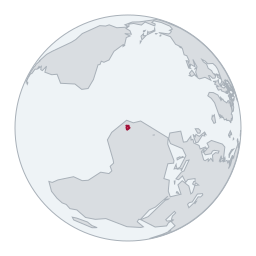 Matam highlighted on a globe, orthographic projection, rotated 87°
{"feature_id": "SEN-767", "entity_name": "Matam", "entity_type": "Region", "adm_level": 1, "iso_a3": "SEN", "parent_name": "Senegal", "parent_adm1": "", "projection": "orthographic", "projection_center": [-13.497, 15.275], "detail": "fine", "context": "on_globe", "style": "filled", "palette": "rose", "viewbox_px": 256, "rotation_deg": 87, "n_neighbors": 0, "source": "natural_earth", "source_scale": "10m", "svg_char_len": 9041}
<svg xmlns="http://www.w3.org/2000/svg" viewBox="0 0 256 256"><g transform="rotate(87 128 128)"><circle cx="128" cy="128" r="113" fill="#eef3f6" stroke="#a8b0b8"/><path d="M27.9,76.3L25.0,82.4L25.6,81.0L27.9,76.3ZM106.5,17.4L106.4,17.5L94.0,20.8L93.8,21.4L84.9,26.6L87.1,25.9L85.2,27.9L87.1,27.9L84.9,29.2L88.3,28.2L89.9,27.1L92.0,26.3L93.2,26.3L90.7,27.9L89.7,28.1L89.6,28.6L87.7,29.4L89.3,29.0L86.1,31.0L91.1,29.1L90.1,30.9L87.4,32.2L85.3,31.9L73.9,35.4L70.6,37.3L68.0,39.9L68.0,45.0L65.3,47.4L63.3,50.7L65.9,49.3L68.3,46.2L72.6,44.8L75.1,41.5L77.2,40.6L80.7,37.7L82.7,38.5L82.8,40.9L80.0,43.5L79.9,44.8L84.6,42.8L81.4,48.5L82.7,54.0L81.6,55.7L75.7,57.5L70.5,55.9L62.9,59.6L70.4,57.8L67.5,62.4L68.1,63.6L69.7,63.8L71.8,62.3L71.3,64.2L63.8,66.4L64.1,64.7L66.5,63.9L64.0,63.4L58.9,65.5L57.8,68.1L51.2,69.6L50.4,71.6L48.5,73.2L50.3,69.9L46.9,76.1L39.0,80.9L34.3,92.3L36.2,82.5L35.1,80.5L33.5,79.6L32.6,81.4L31.6,78.5L28.5,80.8L24.4,89.2L22.3,96.6L23.8,98.7L25.6,95.4L27.5,95.9L23.1,105.4L25.9,109.2L23.9,116.9L24.3,121.7L26.5,121.7L28.5,124.8L30.9,121.0L34.5,119.8L33.5,126.3L36.2,121.1L37.6,125.0L45.3,127.2L44.4,128.4L50.7,138.0L59.1,143.4L61.1,148.6L59.9,151.2L63.2,152.7L63.3,154.6L77.8,160.0L86.5,165.8L87.0,172.2L81.3,178.7L79.8,193.0L70.6,196.0L70.8,201.4L67.9,208.1L62.0,206.1L66.2,210.5L65.1,212.1L61.9,211.3L63.6,213.9L61.4,213.3L64.5,215.6L64.4,217.8L68.4,221.0L69.1,222.7L71.9,224.5L70.9,224.1L70.8,224.3L71.9,225.1L67.4,222.6L62.3,218.8L61.0,217.3L59.6,216.5L56.5,212.5L56.3,213.0L50.2,205.4L47.4,199.6L39.4,180.1L36.9,175.5L31.3,168.7L24.3,150.8L25.0,145.0L24.0,141.4L27.3,133.9L27.2,124.8L26.3,123.0L24.8,125.7L22.4,118.2L22.6,111.0L21.1,93.9L22.2,90.0L24.2,84.7L31.2,70.4L35.5,63.8L40.2,57.4L45.4,51.5L50.9,45.8L56.9,40.6L63.2,35.9L69.8,31.6L76.7,27.7L83.9,24.4L91.2,21.5L98.8,19.2L106.5,17.4ZM32.5,96.0L35.9,104.0L32.6,103.2L33.5,102.5L32.9,99.6L31.4,96.3L28.9,96.2L32.5,96.0ZM37.2,90.9L36.5,90.0L37.4,90.4L37.2,90.9ZM79.4,37.5L80.0,37.6L79.0,38.1L79.4,37.5ZM80.3,36.2L78.7,36.8L78.9,36.2L79.9,35.9L80.3,36.2ZM82.2,35.8L79.4,35.3L79.8,34.4L83.9,32.6L82.2,35.8ZM89.9,26.7L88.2,27.9L88.5,27.0L89.9,26.7ZM89.6,26.3L87.4,25.0L90.5,23.5L90.6,24.1L93.7,22.3L96.3,22.2L95.2,23.1L92.7,24.1L95.6,23.4L89.6,26.3ZM92.8,26.0L92.1,25.7L94.8,24.3L96.7,24.6L95.2,24.9L92.8,26.0ZM93.3,22.1L95.6,21.2L98.3,20.8L99.6,20.5L96.7,22.1L93.3,22.1ZM95.2,25.3L97.6,24.7L97.5,25.5L93.7,26.1L95.2,25.3ZM94.6,23.9L96.0,23.3L95.9,23.7L94.6,23.9ZM98.4,28.2L97.5,27.7L98.8,26.9L98.4,28.2ZM98.5,24.5L98.5,24.3L98.9,24.0L100.4,23.8L98.5,24.5ZM98.8,21.8L99.5,21.9L100.1,21.1L102.2,20.9L99.9,22.1L101.8,21.5L102.4,21.5L99.8,22.5L98.8,21.8ZM103.1,22.8L100.9,24.6L102.3,25.5L101.2,26.2L99.1,24.6L103.1,22.8ZM101.4,22.5L102.2,22.8L100.4,23.4L98.7,23.6L101.4,22.5ZM104.5,20.5L101.9,20.4L102.5,20.2L104.5,20.5ZM103.9,22.9L104.4,22.5L104.2,22.9L103.9,22.9ZM104.7,21.0L103.7,21.0L104.4,20.7L104.7,21.0ZM106.3,21.9L105.6,22.4L104.4,22.4L106.3,21.9ZM105.9,21.4L107.1,21.0L104.5,22.2L105.3,21.4L105.9,21.4ZM105.6,20.8L105.6,20.6L105.9,20.9L105.6,20.8ZM111.2,21.5L108.1,22.9L105.6,23.0L108.9,21.5L111.2,21.5ZM76.1,227.4L68.4,223.2L72.2,225.3L71.9,224.7L77.0,227.3L76.1,227.4ZM76.5,225.8L77.9,225.7L79.1,226.3L78.4,226.5L76.5,225.8ZM148.0,17.1L147.8,17.1L147.5,17.1L148.0,17.1ZM235.5,94.5L236.1,96.3L237.6,102.1L238.9,108.4L239.5,112.4L236.1,99.5L232.7,90.3L232.7,92.2L228.1,86.1L223.9,89.6L222.2,87.5L221.6,89.4L218.3,88.3L215.3,84.8L213.7,86.0L221.5,95.1L223.0,94.0L222.7,88.8L224.7,92.5L227.8,94.6L228.3,106.1L220.2,120.0L217.6,112.5L202.0,94.4L201.5,91.9L201.3,91.6L201.0,91.2L201.5,95.4L198.2,91.8L208.4,104.8L210.9,111.0L220.1,120.5L219.7,122.1L222.1,123.7L227.5,117.8L228.0,120.5L226.5,134.2L217.3,154.8L217.5,165.4L215.1,175.1L207.1,183.4L205.5,190.2L201.1,193.7L199.3,197.7L194.4,202.6L187.2,207.7L177.2,209.8L178.4,206.5L176.2,200.7L173.8,184.9L178.2,176.5L178.1,170.4L170.7,157.6L172.5,149.4L170.0,146.4L165.3,147.8L162.3,144.2L159.2,144.5L138.8,149.2L131.5,144.5L120.2,129.0L123.1,122.4L121.7,115.0L140.0,88.4L146.1,89.2L163.0,83.8L165.5,84.3L165.8,90.1L180.4,94.8L182.3,89.5L193.2,91.1L198.9,89.4L196.9,78.5L187.4,81.1L183.5,76.6L189.2,70.3L197.1,68.7L195.8,66.9L188.9,64.2L188.7,60.4L186.3,63.1L188.7,64.5L187.3,66.4L184.9,65.2L185.0,63.8L182.0,63.7L182.6,70.9L185.2,73.2L178.7,76.1L182.3,80.2L181.3,82.8L174.7,76.8L173.8,74.3L163.2,68.7L163.6,71.5L173.6,77.1L171.3,77.0L171.8,81.5L169.7,78.0L158.7,71.6L151.5,74.6L145.8,86.4L140.9,88.0L135.2,86.5L133.9,75.5L145.0,73.4L144.7,70.0L139.5,65.7L143.3,65.6L142.6,63.8L146.5,63.0L149.1,58.0L152.7,57.0L151.0,51.7L152.5,50.6L153.1,53.9L155.4,56.0L163.8,54.1L164.7,52.7L162.9,49.5L165.4,49.6L162.6,46.8L166.1,44.8L159.5,45.1L157.2,42.0L157.8,39.2L155.8,38.3L154.8,43.0L155.5,44.9L158.0,46.3L158.8,52.2L156.5,53.7L151.1,48.2L147.3,49.9L144.8,45.3L149.0,34.6L152.1,32.3L163.2,34.2L164.0,36.2L160.5,36.3L166.3,38.8L164.6,37.3L166.7,37.6L165.1,35.1L166.5,35.2L162.5,32.8L164.1,32.6L166.6,34.1L165.5,30.8L168.0,30.2L167.0,29.4L165.3,28.8L169.6,28.7L168.7,28.2L167.0,28.0L164.1,26.9L160.6,25.1L162.3,25.1L163.8,25.8L169.4,27.5L173.1,29.6L173.4,29.5L170.6,27.7L163.8,25.5L161.2,24.5L164.4,25.2L163.0,24.8L162.3,24.3L163.1,24.0L159.6,23.2L149.2,18.9L149.8,18.2L153.8,19.1L148.3,17.3L149.2,17.4L157.1,19.2L164.8,21.5L172.4,24.5L179.7,27.9L186.8,31.9L193.5,36.4L200.0,41.3L206.0,46.7L211.7,52.6L216.9,58.8L221.6,65.4L225.9,72.2L229.6,79.4L232.9,86.9L235.5,94.5ZM136.3,101.5L136.4,103.7L136.4,103.8L136.3,101.5ZM207.3,72.5L210.8,71.4L206.1,65.9L207.0,65.1L205.0,63.6L205.7,65.5L200.4,61.5L200.7,59.1L198.7,56.8L197.4,57.1L197.6,62.2L205.2,67.7L205.7,70.6L207.3,72.5ZM45.5,127.2L46.3,128.7L45.0,128.3L45.5,127.2ZM31.4,105.6L32.4,106.3L32.7,107.6L31.8,107.5L31.4,105.6ZM42.0,110.2L43.6,111.3L41.7,111.2L42.0,110.2ZM36.6,105.1L40.7,109.5L37.0,110.2L34.5,107.5L36.7,107.8L36.6,105.1ZM35.2,94.3L35.7,95.0L35.1,96.1L35.2,94.3ZM37.9,91.2L37.5,91.2L37.6,90.1L37.9,91.2ZM67.9,62.3L68.5,62.2L69.9,62.8L68.6,63.3L67.9,62.3ZM79.8,61.6L78.7,64.7L78.6,62.7L76.6,63.8L73.7,61.2L80.9,56.4L78.2,58.9L79.8,61.6ZM71.9,56.9L72.9,58.8L71.6,56.9L71.9,56.9ZM134.6,55.7L136.9,56.5L136.8,58.7L132.3,60.9L132.4,57.7L134.6,55.7ZM140.1,57.3L136.0,51.7L138.7,50.4L137.9,52.0L140.0,51.7L139.4,54.3L145.9,58.9L146.2,61.1L137.7,63.4L140.3,61.3L137.9,60.5L140.1,57.3ZM121.0,42.7L119.3,41.1L127.2,40.2L127.9,41.9L123.5,43.9L120.0,43.2L121.0,42.7ZM90.0,33.0L88.8,33.1L89.5,32.6L91.1,32.1L90.0,33.0ZM97.9,28.0L95.8,32.7L94.4,32.9L94.9,35.8L91.3,37.5L91.1,35.5L88.7,39.2L87.0,38.0L85.9,40.6L85.7,35.9L84.1,35.2L87.3,35.2L90.7,33.6L91.6,32.8L93.2,30.0L91.5,28.2L94.6,26.6L97.2,26.0L98.1,26.2L95.8,27.1L98.6,26.7L96.0,28.2L97.9,28.0ZM126.2,23.9L123.2,24.2L128.4,25.1L125.8,26.0L126.6,26.0L125.6,27.2L125.8,28.8L124.3,29.1L125.0,29.6L124.4,30.5L124.9,31.4L122.3,32.3L122.7,33.5L121.3,33.3L122.6,35.2L120.5,34.2L119.5,35.5L122.1,35.8L107.3,40.2L102.7,43.3L100.0,46.6L96.7,45.0L97.1,41.0L99.7,36.6L104.5,34.0L102.2,33.9L103.8,32.7L105.0,33.3L104.1,31.8L105.8,31.0L108.1,28.0L105.8,26.6L106.5,25.7L108.3,25.8L107.8,24.8L111.6,24.5L112.3,23.9L116.6,23.2L119.6,24.2L120.1,23.4L123.4,23.1L126.2,23.9ZM112.5,21.3L116.6,21.9L117.2,22.8L109.3,23.7L108.2,24.3L103.2,25.2L102.4,24.0L103.9,23.8L105.2,23.4L105.0,23.9L106.1,23.2L108.2,22.9L109.7,22.3L110.7,22.7L112.5,21.3ZM166.9,81.9L168.6,81.8L170.9,81.1L171.3,84.1L166.9,81.9ZM159.4,77.6L160.7,77.0L162.4,80.5L160.6,80.7L159.4,77.6ZM160.0,73.9L160.7,76.7L159.3,75.3L160.0,73.9ZM154.2,53.3L155.4,52.7L156.1,53.4L156.0,54.6L154.2,53.3ZM141.1,28.0L139.3,27.7L139.3,27.4L136.2,26.0L137.9,25.4L140.4,26.0L141.1,28.0ZM196.1,80.7L195.3,83.2L194.0,82.5L194.5,81.7L196.1,80.7ZM183.3,83.8L186.9,84.4L183.4,84.6L183.3,83.8ZM142.4,27.2L140.9,26.6L142.7,26.7L142.4,27.2ZM138.9,24.9L140.7,24.8L137.7,25.2L138.9,24.9ZM225.7,169.1L217.0,187.0L214.1,188.3L215.3,183.9L219.7,173.5L223.5,169.2L225.9,164.0L225.7,169.1ZM154.5,23.5L157.0,25.9L159.8,27.7L163.2,28.6L159.5,28.5L155.1,25.7L154.5,23.5ZM149.7,19.3L146.8,18.8L147.3,18.6L148.0,18.7L149.7,19.3ZM148.5,19.3L146.3,19.6L144.2,19.1L146.3,18.9L148.5,19.3ZM144.5,22.8L145.1,23.5L143.7,23.3L144.5,22.8ZM141.4,16.2L142.5,16.3L141.0,16.1L140.8,16.1L141.4,16.2ZM136.7,15.7L138.0,15.8L135.9,15.6L136.7,15.7ZM141.3,16.3L138.3,15.9L142.1,16.3L141.3,16.3Z" fill="#d9dde1" stroke="#a8b0b8" stroke-width="1"/><path d="M127.6,126.3L127.8,126.3L128.0,126.3L128.2,126.5L128.3,126.6L128.3,126.8L128.4,127.0L128.5,127.1L128.5,127.3L128.8,127.4L128.8,127.5L129.0,127.5L129.1,127.8L129.3,127.9L129.3,128.0L129.2,128.0L129.3,128.1L129.4,128.3L129.5,128.3L129.7,128.6L129.8,128.7L129.6,129.1L129.5,129.4L129.4,129.4L129.1,129.4L128.5,129.3L128.0,129.7L127.5,129.7L127.4,129.7L126.5,129.4L126.4,129.3L126.4,129.2L126.3,129.3L126.2,129.3L125.8,129.5L125.8,129.4L125.5,129.3L125.4,129.3L125.4,129.2L125.5,129.2L125.7,128.8L125.6,128.6L125.7,128.4L125.9,128.4L126.0,128.3L125.9,128.3L126.0,128.1L126.0,127.8L125.9,127.8L125.6,127.7L125.6,127.2L125.8,127.1L126.0,127.0L126.3,127.2L126.5,127.3L126.8,127.1L127.1,126.8L127.3,126.6L127.5,126.5L127.6,126.3Z" fill="#f43f5e" stroke="#9f1239" stroke-width="1.5"/></g></svg>